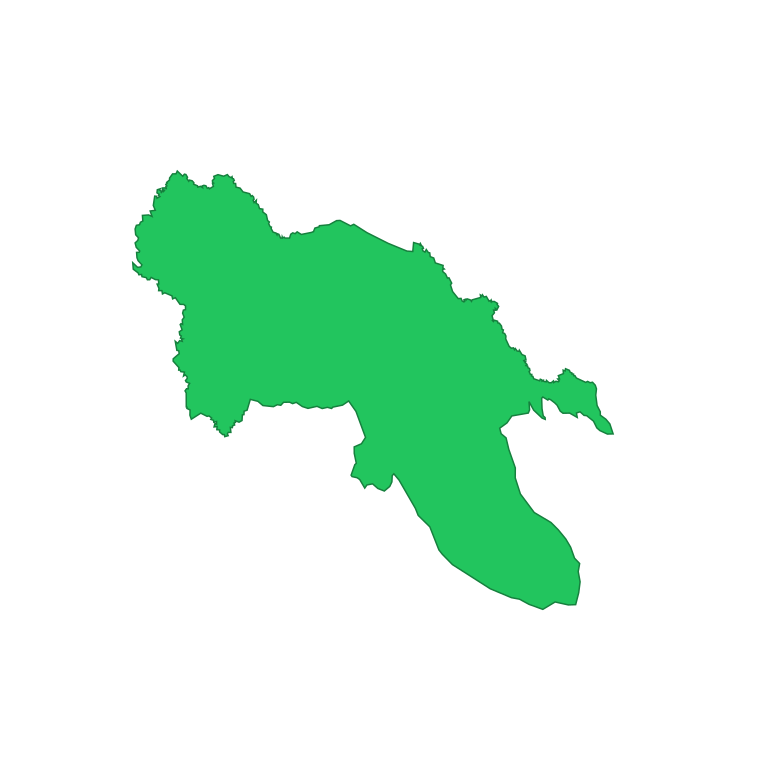 Thai Charoen, Yasothon, Thailand, rotated 153°
{"feature_id": "78962969B95205724329229", "entity_name": "Thai Charoen", "entity_type": "district", "adm_level": 2, "iso_a3": "THA", "parent_name": "Thailand", "parent_adm1": "Yasothon", "projection": "equal_earth", "projection_center": [104.445, 16.096], "detail": "fine", "context": "isolated", "style": "filled", "palette": "green", "viewbox_px": 768, "rotation_deg": 153, "n_neighbors": 0, "source": "geoboundaries", "source_scale": "gbopen_adm2", "svg_char_len": 6171}
<svg xmlns="http://www.w3.org/2000/svg" viewBox="0 0 768 768"><g transform="rotate(153 384 384)"><path d="M417.3,614.6L422.4,619.1L423.3,623.9L426.5,626.6L425.2,630.0L426.9,631.0L426.3,633.0L425.0,633.3L424.9,635.2L425.8,635.8L425.3,637.7L426.4,637.3L427.9,639.0L428.5,641.7L432.5,641.9L436.9,645.9L441.4,646.3L441.8,644.0L444.5,643.2L445.3,641.3L444.7,640.4L445.8,640.4L446.3,637.5L450.9,637.2L451.0,638.5L452.6,638.6L452.7,641.5L454.3,642.8L456.1,643.0L456.5,641.3L457.7,643.4L460.5,644.0L460.2,645.3L462.9,648.4L462.0,649.7L462.7,652.2L464.8,654.0L465.9,653.3L466.4,656.7L465.2,657.4L465.4,660.6L466.6,661.6L469.0,660.5L471.5,667.6L473.9,665.7L477.0,667.2L481.5,664.9L482.6,663.1L486.1,662.3L486.0,661.4L487.8,660.9L487.5,659.1L488.6,659.1L489.4,656.3L489.6,657.9L492.1,659.1L493.1,658.0L491.7,656.2L493.2,655.5L493.9,656.8L495.8,655.2L495.0,657.2L496.1,658.9L494.7,659.5L497.8,660.0L499.5,657.4L498.2,655.1L499.3,654.4L498.6,652.7L501.9,652.6L501.4,654.5L503.0,655.5L508.5,647.8L508.9,642.6L513.8,644.3L514.6,638.6L517.0,641.5L522.7,643.9L524.9,638.7L527.6,638.7L529.5,636.9L532.6,637.8L535.4,635.1L537.5,629.7L536.4,625.7L538.2,623.7L541.7,622.7L542.7,618.3L541.3,613.4L542.3,612.5L544.7,613.6L546.8,608.6L547.1,605.5L545.6,600.1L547.5,598.7L550.6,599.8L552.8,606.1L555.3,600.1L552.6,594.6L552.8,592.6L550.3,591.7L550.9,589.5L547.5,586.7L547.5,584.3L545.4,583.3L543.1,584.7L540.3,580.8L537.7,579.2L539.3,575.4L540.8,576.0L541.1,571.4L542.4,569.5L539.5,568.0L540.5,564.8L537.9,564.8L532.9,558.8L533.7,555.8L530.7,555.6L529.6,547.6L526.3,545.8L525.4,543.7L527.1,540.4L529.2,540.9L531.3,538.5L531.7,534.2L534.6,532.8L536.4,528.5L537.5,529.9L538.6,529.5L539.3,523.9L542.7,523.5L543.7,520.4L542.8,518.8L544.5,517.3L542.7,515.5L544.1,515.7L544.4,513.6L546.4,515.4L549.4,513.9L550.6,516.8L553.3,508.0L551.8,506.9L552.7,504.0L560.3,502.2L561.5,500.1L559.3,491.8L560.6,489.6L559.5,489.1L559.4,487.2L556.4,485.2L559.0,482.1L557.0,482.4L556.1,479.9L556.8,478.3L559.3,477.2L559.3,475.6L556.9,472.8L559.4,471.3L560.6,468.6L562.1,469.4L564.4,468.2L564.3,465.8L570.6,453.3L570.0,452.7L570.7,451.7L568.6,448.9L571.1,444.3L571.7,440.1L560.5,441.2L556.3,435.5L554.4,435.0L553.0,432.0L554.4,431.1L552.4,429.1L553.0,427.2L550.2,426.6L551.4,424.2L552.6,425.5L554.9,422.9L552.0,421.8L553.7,419.2L551.3,417.7L552.2,415.9L550.7,412.2L549.2,411.4L549.8,409.4L546.3,408.7L546.2,410.7L544.7,411.6L542.4,410.4L540.6,415.1L538.9,414.0L537.9,415.5L535.7,415.3L535.4,417.3L533.8,417.2L533.3,418.9L530.5,415.8L527.1,415.9L524.2,420.8L522.7,420.3L521.0,423.3L517.9,422.8L510.1,431.0L504.2,425.8L501.7,419.8L492.8,414.0L488.5,414.0L485.6,411.9L481.8,413.3L476.4,410.7L474.3,408.0L470.5,407.5L467.0,401.0L462.8,396.8L453.8,394.5L450.2,390.2L445.0,388.9L441.8,386.0L440.0,386.6L430.5,384.0L423.2,384.9L421.4,372.3L424.7,344.8L431.2,341.0L439.1,341.5L442.0,335.7L444.7,325.9L446.6,325.4L454.7,317.7L454.5,316.0L450.5,312.7L449.0,309.9L448.4,300.0L445.0,301.8L439.5,300.2L436.9,293.7L432.3,288.5L425.4,290.1L421.4,293.2L418.3,298.6L416.0,299.5L414.2,291.5L412.5,258.9L413.2,251.4L408.0,235.9L410.4,211.2L409.3,205.7L405.0,192.0L382.3,153.3L367.5,135.8L361.0,130.8L354.8,121.8L344.8,111.1L330.5,112.1L320.1,103.5L313.4,100.4L305.3,109.6L299.1,118.7L296.1,128.7L291.2,135.2L293.3,142.3L291.8,153.9L292.4,163.4L294.9,174.9L298.1,184.8L308.5,201.3L312.4,224.1L309.7,240.8L305.1,249.6L302.5,269.0L299.7,280.6L302.2,286.5L301.0,292.1L292.1,293.5L284.6,297.5L268.6,292.6L266.0,294.9L262.8,302.5L262.5,292.8L258.6,281.8L256.4,279.3L255.7,281.0L256.6,283.3L254.4,290.3L250.0,299.7L248.4,300.3L245.3,295.3L244.0,296.0L242.7,294.4L240.5,289.8L239.4,286.5L239.3,279.8L237.8,276.7L231.8,273.8L227.0,266.5L225.7,270.8L221.9,270.2L220.0,265.2L217.8,263.8L214.2,255.8L214.3,248.3L212.8,244.5L207.7,238.0L202.5,235.5L200.9,245.9L202.3,251.9L205.4,258.0L203.9,261.1L203.9,268.1L200.4,277.9L196.9,283.2L196.3,287.0L197.4,290.9L199.8,291.6L201.4,293.9L203.5,293.8L209.9,302.0L210.1,304.7L211.2,305.3L210.6,306.8L212.0,307.5L211.5,308.4L212.8,310.1L212.6,312.0L215.3,315.2L216.7,313.4L218.1,315.0L219.4,311.8L224.9,312.3L225.3,308.9L226.9,309.6L226.4,307.3L227.6,306.8L229.6,308.4L232.1,308.2L231.6,309.8L234.5,309.2L236.4,310.3L237.6,313.4L238.4,312.3L239.7,313.1L240.6,314.0L240.2,314.9L241.9,314.8L241.5,316.1L242.6,317.3L243.9,316.2L248.2,320.7L247.9,323.2L248.9,324.2L248.0,325.4L249.2,326.1L249.1,329.2L247.9,329.6L247.3,331.8L248.3,332.9L247.9,334.9L249.2,336.0L247.7,336.6L248.5,338.6L247.6,339.6L248.6,339.8L248.8,341.4L246.5,341.2L245.5,345.0L247.7,347.6L248.1,352.6L248.8,351.8L250.4,352.9L250.9,356.0L252.2,355.3L252.2,357.4L254.3,358.1L255.4,360.7L255.1,368.9L253.6,371.4L253.6,374.2L255.0,375.8L253.1,378.0L254.0,379.2L253.0,382.3L253.6,385.8L254.8,386.7L254.3,388.4L256.8,390.8L258.1,390.0L258.6,391.4L257.6,391.8L256.7,395.8L253.3,397.3L252.8,400.1L251.1,399.1L250.5,400.7L249.8,398.8L246.6,401.1L247.1,403.6L246.3,404.3L248.3,407.5L250.5,408.4L250.4,409.7L251.3,408.7L251.4,410.2L252.8,410.1L253.1,415.6L255.4,416.1L255.8,418.8L256.8,418.0L257.7,419.6L258.5,417.2L267.4,419.0L268.5,417.9L269.0,419.9L271.4,422.2L272.9,421.5L273.0,422.6L274.6,422.7L274.8,420.9L275.6,420.9L276.7,422.4L276.5,425.3L279.1,426.4L280.9,435.2L279.8,442.1L277.9,443.1L277.9,449.1L279.4,449.6L279.2,454.0L280.6,457.5L279.7,459.5L278.1,459.1L278.8,460.9L277.5,462.8L283.3,468.6L282.5,473.7L285.0,476.5L283.7,480.1L284.8,481.0L285.3,484.6L287.6,482.9L288.9,485.0L288.5,487.2L287.3,487.0L287.1,489.1L288.5,490.9L287.8,490.8L287.8,492.8L288.7,492.2L293.4,496.6L298.2,489.0L303.2,492.0L316.5,507.5L330.5,526.6L338.4,540.0L342.0,540.1L348.9,549.7L352.1,551.1L360.6,550.8L369.7,554.4L370.5,553.5L374.8,554.3L377.6,551.8L379.8,552.0L389.8,554.8L392.3,559.0L394.9,558.3L396.7,560.1L399.1,559.8L401.9,556.9L406.0,559.0L406.3,560.2L408.0,560.1L407.9,561.3L408.5,560.4L409.9,561.0L409.7,565.1L410.8,566.3L411.6,565.5L411.6,567.4L413.9,569.7L414.0,573.7L413.1,574.9L414.0,575.9L414.0,579.2L412.6,580.4L413.5,582.5L412.0,588.2L413.9,592.4L412.6,594.8L415.3,596.8L414.6,600.9L415.9,603.1L414.3,605.7L417.4,604.6L417.2,607.2L415.9,607.6L415.3,609.9L415.9,611.7L417.2,611.5L417.3,614.6Z" fill="#22c55e" stroke="#15803d" stroke-width="1.5"/></g></svg>